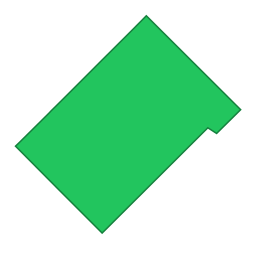 the district of Marshall, South Dakota, United States of America, rotated 315°
{"feature_id": "52423323B27274564243659", "entity_name": "Marshall", "entity_type": "district", "adm_level": 2, "iso_a3": "USA", "parent_name": "United States of America", "parent_adm1": "South Dakota", "projection": "mercator", "projection_center": [-97.549, 45.747], "detail": "fine", "context": "isolated", "style": "filled", "palette": "green", "viewbox_px": 256, "rotation_deg": 315, "n_neighbors": 0, "source": "geoboundaries", "source_scale": "gbopen_adm2", "svg_char_len": 369}
<svg xmlns="http://www.w3.org/2000/svg" viewBox="0 0 256 256"><g transform="rotate(315 128 128)"><path d="M220.6,194.7L220.3,61.6L199.7,61.7L198.0,61.7L157.9,61.6L155.4,61.6L148.8,61.6L143.0,61.6L105.0,61.6L85.2,61.5L83.4,61.6L40.5,61.4L35.6,61.3L35.4,122.6L35.4,184.0L184.6,184.3L186.8,194.5L220.6,194.7Z" fill="#22c55e" stroke="#15803d" stroke-width="1.5"/></g></svg>